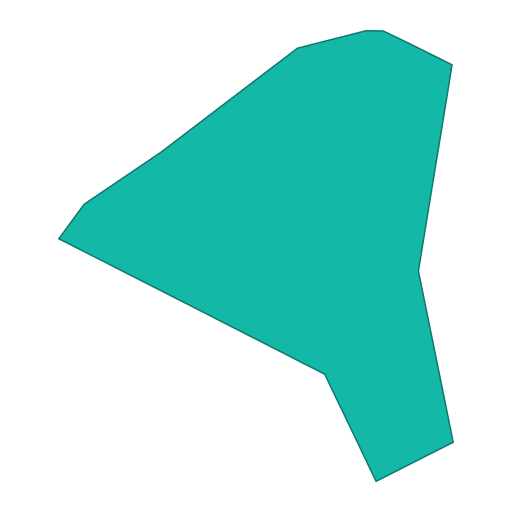 the district of Vlieland, Netherlands
{"feature_id": "6326949B88716903522268", "entity_name": "Vlieland", "entity_type": "district", "adm_level": 2, "iso_a3": "NLD", "parent_name": "Netherlands", "parent_adm1": "", "projection": "mercator", "projection_center": [5.012, 53.205], "detail": "fine", "context": "isolated", "style": "filled", "palette": "teal", "viewbox_px": 512, "rotation_deg": 0, "n_neighbors": 0, "source": "geoboundaries", "source_scale": "gbopen_adm2", "svg_char_len": 946}
<svg xmlns="http://www.w3.org/2000/svg" viewBox="0 0 512 512"><path d="M435.2,168.0L441.4,130.6L446.5,99.2L452.0,64.8L418.5,48.1L409.6,43.7L383.3,31.0L366.1,30.7L297.5,48.2L248.2,85.7L161.0,152.2L84.2,204.2L58.8,238.8L64.8,241.8L72.5,245.7L80.6,249.8L92.7,256.0L105.2,262.3L116.9,268.3L125.4,272.6L128.9,274.4L141.7,280.9L151.7,286.0L153.3,286.8L158.7,289.5L165.3,292.9L172.7,296.7L180.2,300.5L187.4,304.1L195.5,308.3L202.2,311.7L210.5,315.9L217.6,319.6L226.1,323.9L234.1,328.0L243.0,332.5L249.6,335.9L257.5,339.9L264.4,343.4L273.3,348.0L281.3,352.0L289.3,356.1L297.2,360.2L304.4,363.9L314.4,368.9L324.8,374.3L329.7,384.6L333.9,393.3L338.6,403.2L339.4,404.8L341.0,408.0L343.4,413.0L347.7,422.1L348.7,424.1L353.0,433.1L358.0,443.5L362.0,451.9L365.8,459.8L366.0,460.2L369.8,468.3L373.6,476.2L376.1,481.3L419.1,459.5L423.2,457.4L453.2,442.3L440.3,378.6L429.5,325.6L418.4,271.0L435.2,168.0Z" fill="#14b8a6" stroke="#0f766e" stroke-width="1.5"/></svg>